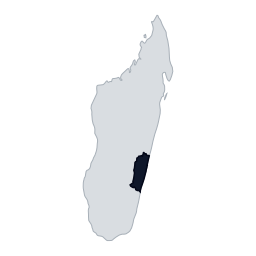 Madagascar, with Vatovavy-Fitovinany highlighted
{"feature_id": "MDG-5882", "entity_name": "Vatovavy-Fitovinany", "entity_type": "Autonomous Province", "adm_level": 1, "iso_a3": "MDG", "parent_name": "Madagascar", "parent_adm1": "", "projection": "equal_earth", "projection_center": [48.052, -21.409], "detail": "fine", "context": "in_parent", "style": "filled", "palette": "ink", "viewbox_px": 256, "rotation_deg": 0, "n_neighbors": 0, "source": "natural_earth", "source_scale": "10m", "svg_char_len": 4443}
<svg xmlns="http://www.w3.org/2000/svg" viewBox="0 0 256 256"><path d="M161.0,21.4L161.6,23.1L162.3,24.8L164.4,29.0L165.3,30.5L166.1,32.2L166.4,35.6L167.8,40.8L169.0,48.6L169.4,56.7L169.7,60.4L170.7,63.8L172.3,67.4L172.8,71.4L171.8,75.5L170.4,79.4L170.0,80.1L169.3,81.1L169.0,81.1L167.9,80.1L167.0,78.4L165.8,74.6L165.4,72.6L164.9,72.3L163.5,72.5L162.5,73.7L162.3,74.5L162.5,76.6L162.9,78.6L163.1,80.6L163.1,83.1L163.5,83.8L164.0,84.5L164.6,86.1L164.7,90.0L164.3,91.9L163.3,93.6L163.4,94.5L163.7,95.5L163.4,96.1L162.1,96.8L161.6,97.4L160.9,99.2L159.7,102.6L159.6,104.4L160.3,109.9L160.1,113.7L158.6,121.0L157.8,124.5L156.6,128.7L154.8,134.1L153.0,141.0L151.5,148.0L150.4,152.3L149.1,156.4L147.4,163.8L146.0,171.2L143.8,179.4L140.8,188.5L140.5,189.7L139.9,194.4L139.2,198.4L138.4,202.4L136.8,208.9L136.6,211.0L136.2,212.9L134.6,217.0L134.0,218.5L133.5,220.2L133.2,222.2L132.7,224.2L131.6,227.9L129.9,231.0L128.7,232.1L126.1,233.8L124.8,234.1L122.0,234.2L119.2,235.1L116.3,236.9L113.5,239.0L112.5,240.0L111.3,240.5L107.6,240.6L106.5,240.2L102.8,236.8L101.4,236.2L98.7,235.8L97.8,235.5L97.1,235.0L96.0,233.2L93.8,231.7L93.3,231.3L92.9,230.2L92.7,229.1L92.1,227.8L91.7,225.5L90.9,223.8L88.9,220.8L88.7,219.9L88.5,216.7L88.5,214.6L88.3,210.7L88.5,208.9L89.2,207.2L88.9,205.4L88.1,203.6L87.8,201.6L87.2,199.8L85.1,196.6L84.5,195.1L84.2,193.4L83.3,188.4L83.2,186.6L83.3,182.8L83.6,180.9L84.0,179.6L84.2,178.5L84.5,177.7L85.0,177.0L85.3,176.2L86.1,171.4L87.0,170.3L88.5,169.7L89.7,168.4L90.4,166.7L91.0,163.2L92.9,159.7L93.5,157.9L95.0,155.1L96.3,151.2L96.7,149.4L97.0,147.5L97.3,143.4L97.6,141.3L97.5,139.3L96.7,137.2L94.8,133.4L94.8,132.7L94.9,129.8L94.7,127.8L94.0,125.8L93.1,123.8L92.3,120.2L91.8,114.3L91.9,112.1L91.6,110.2L91.0,108.4L91.4,105.2L96.8,93.6L97.0,92.2L96.7,88.7L96.8,86.6L97.0,85.9L97.5,85.4L98.4,85.2L102.9,84.7L103.5,84.4L104.6,83.4L106.1,81.5L106.8,80.9L107.4,81.1L107.8,81.9L108.3,82.4L110.1,81.5L110.8,81.5L111.5,81.6L111.8,80.9L112.0,79.8L112.3,79.1L112.8,78.6L115.1,78.4L116.6,78.1L118.5,77.4L118.9,77.5L120.5,80.2L120.9,80.4L121.5,80.5L122.1,80.0L120.8,78.6L120.6,77.8L120.7,76.9L121.4,75.0L122.5,73.6L125.0,71.3L127.6,68.8L128.3,68.6L129.0,69.0L129.5,72.0L129.4,72.5L129.8,72.6L130.3,72.2L130.7,71.0L130.8,70.0L130.4,69.0L130.2,68.2L130.2,67.4L131.5,65.6L132.6,63.9L133.1,61.9L133.5,60.9L134.6,59.9L134.9,60.0L135.1,60.9L135.3,61.8L135.0,62.7L134.6,63.6L134.4,64.8L135.1,65.0L135.6,64.8L136.5,62.6L137.5,60.5L138.0,59.5L138.8,58.7L140.0,58.9L141.2,59.4L139.2,57.2L138.8,54.2L141.1,49.1L141.1,48.0L141.4,47.7L141.6,47.3L140.4,45.6L140.1,44.7L140.3,43.4L140.9,42.2L141.4,41.4L142.1,41.1L142.7,41.6L144.0,43.0L144.8,43.2L145.9,41.8L146.7,40.1L148.0,39.0L149.5,38.2L151.7,35.5L153.1,29.9L153.2,28.3L152.9,26.3L152.4,24.4L151.5,22.0L151.8,21.5L153.0,21.8L153.4,21.5L154.7,19.4L156.9,15.4L157.6,15.4L158.2,16.1L158.4,17.2L158.9,18.0L160.3,19.9L161.0,21.4ZM145.9,37.2L145.9,37.8L144.3,37.5L144.0,35.4L144.8,35.4L145.0,34.5L145.5,34.4L146.0,36.3L145.9,37.2ZM165.8,97.0L164.4,100.1L164.8,97.5L166.5,93.8L166.9,93.5L165.8,97.0Z" fill="#d9dde1" stroke="#a8b0b8" stroke-width="1"/><path d="M149.3,155.8L148.6,158.4L147.3,164.3L147.2,164.6L147.1,164.8L146.9,165.1L147.0,165.3L147.2,165.1L147.3,165.2L147.3,165.4L147.3,165.7L147.2,165.9L147.0,166.4L146.9,166.7L146.9,167.3L146.8,167.8L146.3,169.2L146.3,169.4L146.2,169.9L146.0,171.3L145.9,171.9L145.7,172.3L144.1,178.6L142.6,183.2L141.0,187.8L140.8,188.9L140.4,190.0L140.2,191.9L138.9,190.5L137.3,190.5L135.8,189.7L135.3,187.8L134.3,187.0L133.8,187.6L132.7,187.4L130.7,186.1L130.1,184.9L131.5,183.9L133.3,182.6L132.9,181.4L133.3,180.1L133.8,177.7L134.5,172.9L134.1,171.4L133.8,170.2L134.4,168.3L134.8,165.2L135.0,162.5L135.6,161.7L136.5,161.4L136.7,160.4L136.9,158.1L137.8,157.7L138.9,156.3L139.0,156.4L139.5,156.3L139.7,156.2L139.9,156.1L140.0,156.0L140.4,156.0L140.5,156.0L140.8,156.0L141.0,155.8L141.2,155.7L141.3,155.6L141.6,155.6L142.0,155.8L142.2,156.0L142.3,156.1L142.5,156.2L142.7,155.9L142.6,155.7L142.6,155.4L142.7,155.2L143.0,154.4L143.1,154.2L143.3,153.8L143.3,153.7L143.3,153.4L143.5,153.3L143.5,153.2L143.4,153.0L143.4,152.9L143.4,152.7L143.5,152.6L143.8,152.5L144.0,152.6L144.3,153.3L144.5,153.5L144.8,153.7L145.0,153.8L145.3,153.9L145.6,153.7L145.8,153.7L145.9,153.8L146.0,153.9L146.2,154.1L146.3,154.1L146.4,154.4L146.4,154.5L146.4,154.8L146.4,155.0L146.5,155.2L147.3,155.4L148.1,155.4L149.2,155.7L149.3,155.8Z" fill="#0f172a" stroke="#020617" stroke-width="1.5"/></svg>